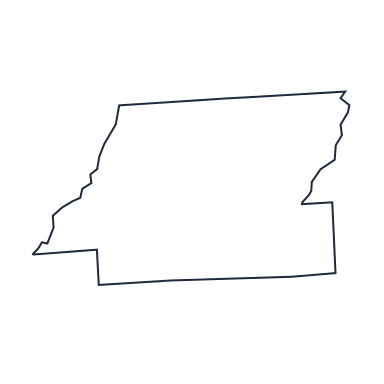 Greene, Arkansas, United States of America, rotated 176°
{"feature_id": "52423323B73536950246469", "entity_name": "Greene", "entity_type": "district", "adm_level": 2, "iso_a3": "USA", "parent_name": "United States of America", "parent_adm1": "Arkansas", "projection": "natural_earth1", "projection_center": [-90.537, 36.116], "detail": "fine", "context": "isolated", "style": "outline", "palette": "slate", "viewbox_px": 384, "rotation_deg": 176, "n_neighbors": 0, "source": "geoboundaries", "source_scale": "gbopen_adm2", "svg_char_len": 687}
<svg xmlns="http://www.w3.org/2000/svg" viewBox="0 0 384 384"><g transform="rotate(176 192 192)"><path d="M54.5,101.1L52.8,171.9L72.9,172.1L83.2,172.2L82.8,173.9L75.4,181.0L72.9,185.0L71.8,193.7L62.1,205.8L47.4,214.2L45.3,228.7L38.5,238.2L39.1,248.8L30.8,260.7L29.0,267.7L37.3,275.2L32.2,281.5L122.9,282.5L153.5,283.0L162.1,283.0L205.7,283.2L223.1,283.3L258.6,283.5L263.3,264.8L276.2,246.0L282.0,233.8L285.0,221.5L292.2,216.6L291.8,207.9L301.2,202.9L303.9,194.0L311.5,191.3L322.8,185.5L332.5,178.0L332.6,166.1L339.9,150.7L345.1,152.3L349.5,146.2L355.0,141.3L354.6,140.7L290.9,141.1L291.5,105.8L218.7,105.2L98.7,100.5L54.5,101.1Z" fill="none" stroke="#1e293b" stroke-width="2"/></g></svg>